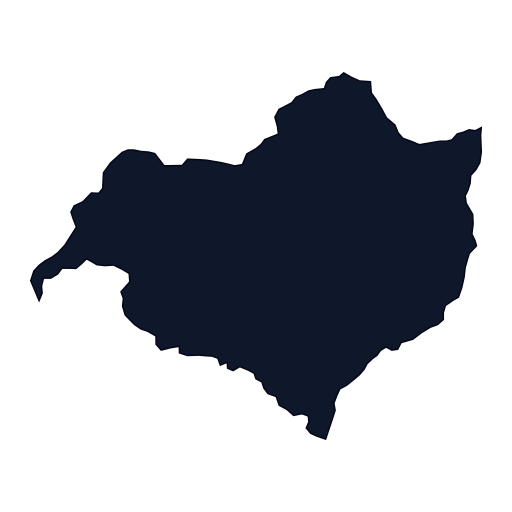 the district of Nova Independência, São Paulo, Brazil
{"feature_id": "56859067B6334464866649", "entity_name": "Nova Independência", "entity_type": "district", "adm_level": 2, "iso_a3": "BRA", "parent_name": "Brazil", "parent_adm1": "São Paulo", "projection": "orthographic", "projection_center": [-51.514, -21.141], "detail": "fine", "context": "isolated", "style": "filled", "palette": "ink", "viewbox_px": 512, "rotation_deg": 0, "n_neighbors": 0, "source": "geoboundaries", "source_scale": "gbopen_adm2", "svg_char_len": 2214}
<svg xmlns="http://www.w3.org/2000/svg" viewBox="0 0 512 512"><path d="M343.7,72.9L339.3,76.6L330.6,77.8L326.5,82.3L324.4,88.7L314.8,89.7L308.7,91.0L302.0,94.7L296.2,97.2L291.8,102.8L279.0,109.4L274.9,117.2L277.5,126.5L278.4,134.1L264.7,139.6L261.3,144.3L256.1,148.6L246.7,154.0L242.4,164.6L234.8,165.9L228.4,164.3L220.9,162.6L206.6,160.2L197.3,159.6L187.6,159.2L182.2,165.5L164.1,165.8L154.8,153.6L148.7,152.1L141.0,151.5L133.8,150.0L128.0,150.0L122.2,152.4L110.5,163.0L103.5,172.7L102.7,188.5L98.7,193.3L91.4,193.0L82.9,201.8L74.2,205.8L71.0,212.0L73.1,218.6L76.4,227.1L64.9,245.1L58.0,252.6L51.9,257.2L45.2,260.8L39.1,265.4L33.9,271.0L30.7,280.7L39.1,300.6L42.1,293.2L41.5,286.0L43.5,278.1L50.8,278.1L57.7,273.9L62.0,268.2L69.6,268.2L76.0,268.4L81.8,263.4L86.5,258.8L91.7,261.6L96.9,264.7L105.2,265.6L113.5,265.0L122.3,269.3L129.2,273.5L129.8,281.8L125.1,287.2L121.0,291.8L123.4,298.4L122.6,306.2L125.2,314.9L129.6,319.5L134.5,324.5L140.9,328.9L147.6,331.2L156.0,336.0L156.1,344.3L161.2,350.1L170.6,347.7L179.3,346.3L179.5,352.9L187.4,355.5L198.8,355.1L205.7,355.7L212.2,356.1L217.9,358.2L220.3,365.1L227.2,362.3L227.6,368.2L233.1,370.6L239.8,366.6L248.5,370.2L254.1,373.2L256.0,378.8L261.9,381.9L263.9,388.1L267.9,393.5L276.2,396.5L279.2,405.3L286.9,409.4L293.6,415.4L302.0,413.7L308.3,416.0L308.9,421.9L306.3,428.0L310.7,433.3L317.4,436.3L325.6,439.1L332.2,419.4L335.1,410.3L333.9,403.2L336.9,395.3L339.8,388.9L346.5,385.3L353.4,379.8L359.3,374.8L364.0,369.4L367.1,363.6L372.6,358.5L377.0,355.3L380.5,350.4L386.0,347.0L391.8,350.1L397.6,349.3L401.1,342.6L412.8,339.2L421.5,332.6L430.5,327.1L437.5,324.6L443.3,319.5L443.3,312.7L445.3,305.6L452.9,300.3L458.4,297.2L461.7,287.8L464.1,277.1L465.1,267.8L467.5,259.2L469.3,253.4L476.5,245.8L474.9,240.3L471.9,234.1L473.1,223.9L472.7,214.4L466.2,203.3L465.2,195.7L467.9,190.3L470.1,183.3L470.7,175.3L475.7,169.9L479.8,162.7L481.3,152.1L480.9,142.8L480.6,135.0L481.3,127.6L475.4,130.7L469.0,129.8L463.5,132.2L457.4,133.8L451.9,139.9L446.6,141.2L440.0,141.2L419.3,144.7L411.7,141.5L402.9,138.3L398.1,132.8L394.9,125.0L386.4,117.8L381.7,109.0L376.0,99.4L371.3,92.9L370.4,81.7L359.4,81.0L351.2,77.2L343.7,72.9Z" fill="#0f172a" stroke="#020617" stroke-width="1.5"/></svg>